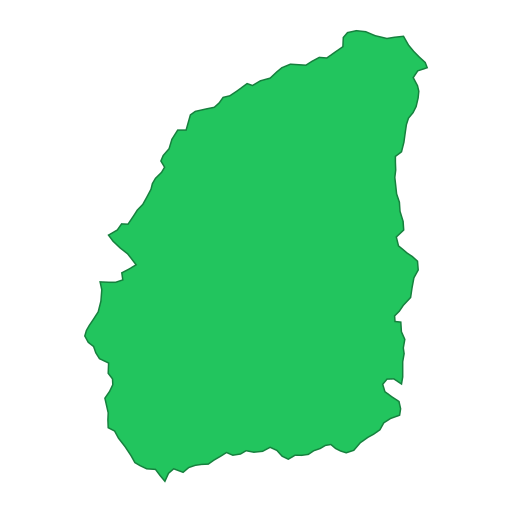 outline of Carmolândia, Tocantins, Brazil
{"feature_id": "56859067B94534455119436", "entity_name": "Carmolândia", "entity_type": "district", "adm_level": 2, "iso_a3": "BRA", "parent_name": "Brazil", "parent_adm1": "Tocantins", "projection": "mercator", "projection_center": [-48.372, -7.038], "detail": "fine", "context": "isolated", "style": "filled", "palette": "green", "viewbox_px": 512, "rotation_deg": 0, "n_neighbors": 0, "source": "geoboundaries", "source_scale": "gbopen_adm2", "svg_char_len": 2308}
<svg xmlns="http://www.w3.org/2000/svg" viewBox="0 0 512 512"><path d="M164.9,481.3L168.5,473.3L173.7,468.8L183.1,472.3L188.8,467.5L195.3,465.3L201.6,464.4L208.3,464.1L213.8,460.2L221.3,455.8L226.5,452.5L232.8,455.2L240.5,454.0L246.1,450.7L253.8,452.2L262.6,451.3L270.1,447.3L276.9,450.4L282.1,456.2L288.3,459.2L295.1,455.2L301.7,455.3L308.3,454.4L313.8,450.7L320.2,448.5L325.4,445.4L330.9,444.5L335.6,448.5L340.6,451.0L346.2,452.8L353.8,450.3L360.3,442.7L368.1,437.2L373.6,434.2L379.9,429.8L383.8,422.8L390.5,418.5L399.6,415.2L400.6,408.8L399.0,401.5L391.8,396.8L384.9,391.7L382.7,384.3L387.0,379.1L393.8,378.9L401.5,384.0L402.7,377.0L402.7,371.1L402.7,361.7L404.1,353.7L403.3,347.9L404.8,339.4L401.4,331.7L400.8,322.1L395.0,321.5L394.6,315.9L399.3,311.2L403.3,305.3L410.6,297.5L412.0,288.0L413.9,277.8L418.2,270.0L417.5,261.2L412.4,256.6L407.0,253.0L402.7,249.3L398.5,245.9L396.3,237.0L403.7,230.0L403.1,221.4L400.0,211.3L399.4,202.2L396.6,193.9L395.7,185.5L394.8,177.4L395.7,170.1L395.4,162.1L395.4,156.4L401.5,151.8L403.9,142.3L405.1,133.5L406.4,124.6L408.5,118.1L413.0,112.7L416.1,106.6L418.1,98.0L418.8,91.3L417.5,85.7L413.2,77.6L417.8,70.8L427.2,67.7L425.2,62.5L419.0,56.8L413.6,51.3L408.5,45.1L403.5,36.3L394.2,37.3L386.9,38.5L381.1,37.1L375.1,35.7L365.7,31.7L356.3,30.7L347.5,32.6L343.3,37.5L342.9,46.7L335.1,52.1L326.8,58.0L319.3,57.4L312.0,61.3L305.9,65.2L290.4,64.2L281.9,67.7L276.9,71.8L270.2,78.1L260.4,80.8L252.5,85.5L247.1,83.6L236.6,91.3L229.8,95.8L223.1,97.4L219.2,102.9L214.3,107.3L206.4,108.9L195.3,111.4L190.4,114.9L186.1,130.1L177.7,130.1L171.9,139.3L169.1,148.7L163.2,155.5L160.9,161.0L164.6,167.2L161.6,172.3L155.5,178.3L152.4,183.6L151.0,189.3L146.7,197.4L142.8,204.4L137.3,210.1L133.8,215.6L128.0,224.2L121.6,223.9L117.3,230.0L108.5,235.1L113.1,241.3L120.3,248.1L127.6,253.8L131.3,258.5L136.1,264.8L128.8,269.2L121.8,272.8L122.8,279.9L115.6,282.3L109.4,282.3L100.1,281.9L101.8,289.7L100.9,301.2L98.2,311.9L92.7,320.4L89.3,325.4L86.4,330.5L84.8,336.0L88.3,342.4L93.6,346.5L95.8,352.8L99.5,358.7L108.6,363.0L108.2,373.3L112.5,378.9L112.8,384.7L109.6,391.4L104.9,398.2L108.2,412.8L107.9,419.8L108.2,427.7L114.6,431.0L118.5,438.2L125.1,446.7L131.0,455.6L134.9,462.6L140.0,465.6L146.7,468.8L155.5,469.4L160.3,475.8L164.9,481.3Z" fill="#22c55e" stroke="#15803d" stroke-width="1.5"/></svg>